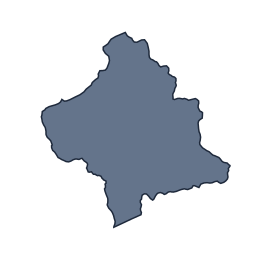 Ramla, HaMerkaz, Israel (Albers equal-area conic projection), rotated 156°
{"feature_id": "584046B58948260517771", "entity_name": "Ramla", "entity_type": "district", "adm_level": 2, "iso_a3": "ISR", "parent_name": "Israel", "parent_adm1": "HaMerkaz", "projection": "albers", "projection_center": [34.923, 31.918], "detail": "fine", "context": "isolated", "style": "filled", "palette": "slate", "viewbox_px": 256, "rotation_deg": 156, "n_neighbors": 0, "source": "geoboundaries", "source_scale": "gbopen_adm2", "svg_char_len": 3252}
<svg xmlns="http://www.w3.org/2000/svg" viewBox="0 0 256 256"><g transform="rotate(156 128 128)"><path d="M176.8,181.0L177.0,180.8L179.1,179.2L181.5,178.6L185.0,178.7L187.7,179.1L191.4,179.6L195.2,179.3L196.5,178.4L199.6,177.9L200.7,176.0L201.5,174.7L202.6,173.5L203.0,171.3L203.8,168.4L203.8,165.3L203.4,162.0L204.2,158.5L205.5,155.5L205.6,154.4L205.5,152.2L204.7,150.4L203.8,147.8L204.1,143.3L205.0,143.0L205.8,141.0L205.9,138.2L204.8,135.9L204.5,134.4L204.2,132.4L203.9,129.5L202.4,127.6L201.5,126.2L201.0,125.7L199.6,124.2L198.2,122.5L197.0,121.8L196.0,121.2L193.7,121.0L191.0,121.3L188.8,121.1L187.4,120.5L186.2,119.6L185.4,119.2L184.2,119.2L183.3,119.2L182.3,118.9L181.8,117.0L181.4,115.7L180.6,114.5L179.7,112.8L179.6,111.4L180.7,109.8L181.4,109.0L182.2,108.3L182.1,107.0L182.2,104.0L180.9,103.2L179.2,102.9L178.8,101.0L178.4,99.8L176.7,99.0L176.3,98.2L175.3,96.9L173.8,96.5L172.3,94.9L172.2,92.7L171.7,91.7L171.5,90.6L170.2,89.1L169.7,88.5L170.5,86.5L171.8,86.1L172.1,84.4L172.9,82.7L174.2,82.0L174.7,79.6L175.0,75.9L175.1,72.1L175.7,70.3L176.9,67.9L178.0,66.7L178.3,65.9L178.2,62.7L177.0,59.1L176.7,57.0L176.8,53.8L177.3,51.1L177.7,47.9L179.0,45.7L179.8,44.9L180.9,43.8L181.3,43.1L174.6,43.2L161.4,43.5L154.7,43.5L151.4,43.5L150.1,45.4L150.1,47.2L149.6,49.1L148.3,50.5L146.9,52.4L147.0,55.1L146.2,56.8L144.6,57.5L143.4,59.6L142.3,60.9L139.8,61.2L137.9,60.1L136.8,57.2L136.2,54.4L134.8,52.1L133.5,52.4L131.0,54.4L130.2,55.0L127.9,56.2L126.7,56.3L124.7,55.9L122.8,54.2L121.9,52.6L120.1,52.4L117.3,53.1L115.3,52.7L114.1,51.8L112.5,51.0L109.5,50.4L106.4,50.3L104.1,50.1L101.2,49.5L100.4,48.8L98.5,47.5L94.1,47.3L92.0,48.8L90.6,48.2L88.4,45.8L87.4,44.8L87.0,45.1L84.3,47.1L80.9,46.9L78.0,45.9L75.6,44.4L73.3,43.7L70.4,43.7L68.0,43.1L67.3,41.6L65.8,39.7L62.6,39.4L60.2,39.9L57.9,41.0L56.6,42.6L55.9,45.1L55.3,46.7L53.4,48.1L52.8,50.2L50.5,51.6L50.1,52.3L50.9,53.5L51.6,55.6L54.6,57.7L55.7,59.4L56.3,62.1L57.0,64.1L58.4,65.6L60.0,67.4L61.4,68.6L62.3,70.4L63.6,73.4L65.3,75.3L66.2,76.8L68.0,79.6L69.1,83.7L68.5,85.6L67.1,87.3L65.4,90.1L64.7,92.9L64.6,95.7L63.7,99.0L62.8,101.5L62.0,103.9L60.7,105.6L58.8,106.4L56.2,106.8L54.9,109.2L53.7,111.7L54.3,113.0L55.3,113.8L55.6,115.9L55.6,118.2L54.6,120.3L53.3,121.8L52.5,124.0L53.5,126.2L54.5,127.5L58.9,128.3L61.4,128.7L62.5,130.3L64.5,132.1L66.2,132.3L68.6,134.0L70.5,134.8L74.0,135.1L75.1,136.2L74.2,138.1L74.2,138.6L73.2,140.9L70.6,143.0L69.2,145.0L67.3,146.5L66.5,147.5L66.2,150.3L65.0,151.5L64.1,153.7L64.8,155.6L66.6,157.1L67.2,158.5L68.5,160.0L69.0,161.8L67.4,163.7L66.5,166.1L67.5,169.1L70.3,170.1L73.3,170.5L74.3,172.5L74.4,174.8L75.0,176.8L76.2,177.7L77.6,180.1L79.2,181.7L79.7,183.9L79.0,186.4L78.5,187.6L77.6,189.6L76.7,193.6L76.0,197.5L77.0,201.9L79.8,202.9L82.5,202.8L84.9,202.7L87.3,203.9L88.1,206.4L88.1,208.4L90.0,210.6L91.2,212.5L91.6,216.4L102.1,216.6L107.3,216.0L109.7,214.6L112.0,213.1L114.7,212.5L117.7,212.0L118.9,209.4L118.3,205.3L117.4,203.5L116.4,201.4L117.5,197.1L119.2,194.9L121.6,192.5L122.8,191.3L125.1,190.1L127.7,190.7L130.4,191.8L133.3,189.4L133.7,187.6L135.1,185.9L138.1,185.4L142.1,184.1L144.2,182.1L146.7,181.5L150.4,180.5L153.5,178.9L158.5,177.9L163.3,177.8L169.4,177.5L173.0,177.7L175.2,178.4L176.8,181.0Z" fill="#64748b" stroke="#1e293b" stroke-width="1.5"/></g></svg>